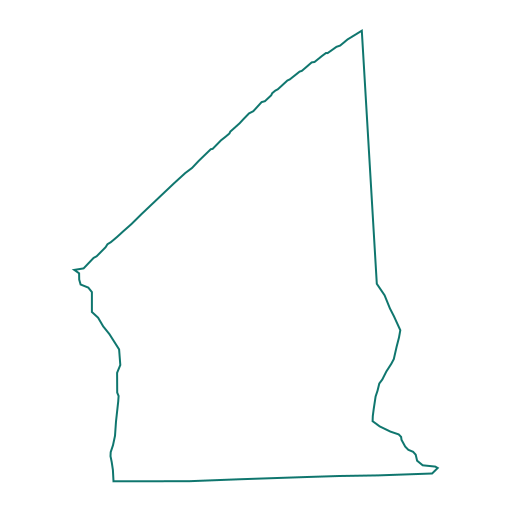 outline of Arlit, Agadez, Niger
{"feature_id": "23599985B35740417673211", "entity_name": "Arlit", "entity_type": "district", "adm_level": 2, "iso_a3": "NER", "parent_name": "Niger", "parent_adm1": "Agadez", "projection": "albers", "projection_center": [7.12, 19.518], "detail": "fine", "context": "isolated", "style": "outline", "palette": "teal", "viewbox_px": 512, "rotation_deg": 0, "n_neighbors": 0, "source": "geoboundaries", "source_scale": "gbopen_adm2", "svg_char_len": 1359}
<svg xmlns="http://www.w3.org/2000/svg" viewBox="0 0 512 512"><path d="M378.0,475.4L432.1,473.5L437.7,468.0L435.3,466.6L422.7,465.3L417.1,460.7L415.7,454.7L413.1,451.8L408.3,449.8L405.2,446.6L401.5,439.8L401.1,436.9L398.7,434.4L390.4,431.6L379.7,426.4L372.6,421.2L372.8,416.0L373.7,409.1L375.6,396.5L377.5,390.8L379.3,383.5L382.3,379.5L386.4,371.4L391.3,363.8L393.8,359.1L396.7,346.4L399.0,337.5L400.3,330.2L394.0,316.4L389.9,308.4L384.6,295.3L376.8,283.8L361.8,30.7L347.6,39.4L340.1,45.6L336.5,46.8L327.6,53.1L326.0,53.0L321.8,56.1L314.5,62.0L311.7,62.4L301.8,70.9L299.6,71.6L289.8,79.4L287.4,80.5L277.8,89.3L275.3,90.6L272.2,93.2L271.2,95.3L264.9,101.2L261.6,102.1L253.3,111.2L249.0,113.4L243.1,119.5L239.6,123.3L230.3,131.6L229.4,133.5L225.1,137.1L221.0,140.3L212.6,148.9L210.8,149.2L198.8,160.8L192.1,167.9L185.3,173.0L174.0,183.3L151.2,204.9L141.3,214.3L131.5,224.0L122.9,231.6L117.0,237.0L110.8,242.2L107.5,244.2L105.6,247.2L96.6,256.3L93.6,257.9L83.6,268.4L74.3,269.9L79.1,273.3L79.2,279.6L80.6,284.5L88.3,287.6L91.9,292.1L91.9,312.0L98.1,317.7L103.2,326.4L109.4,334.1L119.1,349.4L120.3,365.0L117.1,372.8L117.2,392.6L118.6,396.0L118.2,401.7L116.0,421.5L115.0,435.8L113.0,445.2L110.7,452.1L110.5,456.2L111.7,462.0L112.9,470.0L113.5,481.3L189.4,481.2L238.6,479.3L307.1,477.0L339.3,476.0L378.0,475.4Z" fill="none" stroke="#0f766e" stroke-width="2"/></svg>